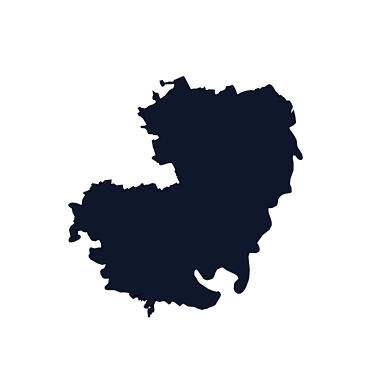 the district of Gopalganj, Dhaka, Bangladesh, rotated 239°
{"feature_id": "16705992B87804307332289", "entity_name": "Gopalganj", "entity_type": "district", "adm_level": 2, "iso_a3": "BGD", "parent_name": "Bangladesh", "parent_adm1": "Dhaka", "projection": "orthographic", "projection_center": [89.898, 23.107], "detail": "fine", "context": "isolated", "style": "filled", "palette": "ink", "viewbox_px": 384, "rotation_deg": 239, "n_neighbors": 0, "source": "geoboundaries", "source_scale": "gbopen_adm2", "svg_char_len": 5992}
<svg xmlns="http://www.w3.org/2000/svg" viewBox="0 0 384 384"><g transform="rotate(239 192 192)"><path d="M208.8,320.5L207.9,318.6L206.3,317.4L206.4,316.2L207.3,316.1L207.9,317.3L209.7,317.3L211.8,319.1L212.3,320.4L213.3,320.7L213.3,321.5L213.6,321.8L217.5,322.3L219.8,321.9L221.5,319.2L224.6,319.3L227.9,317.8L228.9,317.7L229.4,315.7L231.7,315.9L235.2,314.9L240.1,315.0L242.5,314.5L243.7,313.6L244.2,312.5L243.9,308.3L245.1,305.7L244.5,304.0L245.5,302.2L246.4,302.0L246.8,299.1L246.1,298.2L247.3,295.8L248.2,295.1L250.5,289.5L251.4,284.4L251.3,281.8L251.8,280.7L253.0,280.4L255.9,281.2L261.1,281.7L262.4,281.3L263.0,278.5L264.1,276.1L264.1,275.6L262.5,274.1L262.2,272.8L262.3,270.9L263.1,268.3L262.8,267.0L262.2,266.3L262.4,263.0L262.9,261.5L266.6,262.3L267.4,263.3L267.9,263.2L270.9,258.6L270.7,257.5L272.0,255.6L275.0,256.4L274.4,255.2L275.7,252.6L276.9,252.5L277.5,249.1L279.0,246.7L280.1,243.2L294.0,244.1L295.2,243.8L296.4,234.9L296.4,234.2L295.3,233.4L296.5,230.8L297.8,229.0L298.2,226.9L299.4,224.5L300.1,223.9L302.7,223.7L303.2,221.9L300.4,221.1L298.2,221.2L297.8,222.5L298.9,223.5L298.9,224.6L295.7,230.1L294.7,232.9L292.4,232.8L289.6,229.3L290.3,227.7L290.1,224.8L287.9,219.0L287.5,212.5L288.1,212.1L289.5,212.2L294.0,213.3L295.5,211.1L297.5,210.4L294.7,209.4L293.6,207.8L292.1,206.9L291.1,207.0L290.8,208.4L287.5,208.5L287.3,207.5L286.5,207.3L286.5,203.6L287.4,198.8L286.8,197.0L287.3,193.9L288.8,192.7L289.4,191.4L291.4,190.7L291.3,189.3L288.2,189.3L286.9,188.8L286.8,186.4L284.7,186.3L284.5,187.3L283.2,187.4L280.6,188.5L272.9,188.6L272.3,187.9L272.4,185.4L274.0,182.6L274.0,182.1L273.5,182.0L271.7,184.6L270.2,185.5L268.3,185.8L264.6,185.1L262.2,188.5L261.0,189.0L259.1,192.1L257.7,192.6L255.3,192.5L254.5,190.9L254.6,187.4L255.2,185.8L256.2,185.6L256.1,184.5L250.7,182.4L241.8,180.4L241.6,179.2L242.1,177.1L241.6,175.7L241.0,175.5L236.3,177.9L235.5,177.8L235.1,178.7L234.0,179.4L233.0,179.5L232.7,178.9L231.9,179.0L231.2,180.4L229.4,187.3L227.9,190.0L225.3,190.4L220.4,190.0L220.4,190.4L219.7,190.1L218.8,188.7L217.9,188.3L215.2,188.3L213.9,187.6L213.1,188.3L211.8,187.8L211.6,187.2L210.9,187.6L209.5,187.1L207.6,187.2L205.1,186.2L205.9,182.9L206.4,182.7L207.3,183.1L207.5,179.2L208.2,176.8L207.4,175.6L207.3,174.7L208.2,173.1L209.0,172.9L208.8,171.5L209.1,169.2L208.4,168.5L208.3,166.9L208.8,166.0L211.2,165.8L211.3,163.5L217.7,164.2L218.3,163.2L219.5,162.3L220.2,157.4L221.0,156.9L221.8,153.8L223.5,153.5L224.0,153.8L224.6,153.4L223.9,150.5L224.1,146.4L225.3,144.6L226.6,144.3L226.5,138.4L228.0,138.2L228.1,134.7L230.8,134.3L233.6,135.5L235.9,130.3L239.2,128.7L239.7,126.3L240.2,126.0L241.0,126.3L243.8,128.5L246.3,123.3L245.5,120.4L245.9,119.7L247.1,118.9L246.4,118.6L246.5,117.6L247.0,118.3L247.6,117.8L247.1,117.0L246.2,116.5L246.0,115.5L250.0,111.1L249.7,110.0L248.1,109.9L247.7,107.7L247.1,106.5L245.3,105.5L246.2,103.9L246.3,101.6L247.0,99.3L246.6,98.8L245.1,99.5L243.9,99.4L241.9,95.3L241.1,94.3L237.0,91.2L237.3,90.0L241.6,86.7L244.2,83.2L244.5,81.1L244.2,79.8L242.8,79.8L239.7,81.3L235.8,79.8L231.4,79.6L228.5,77.4L227.7,75.8L225.9,76.0L225.1,75.6L224.6,71.1L223.5,68.9L222.4,67.7L215.3,65.3L215.6,64.4L214.7,62.8L213.8,61.9L212.7,61.7L211.6,63.0L210.5,66.3L210.3,71.5L211.0,72.9L212.5,73.1L213.2,72.5L213.4,70.9L213.8,70.5L215.0,71.9L217.5,73.3L217.9,74.5L216.6,77.9L214.0,78.9L211.8,82.2L209.7,81.5L203.3,81.5L202.2,81.8L200.1,84.2L200.0,87.8L197.8,88.6L196.0,88.4L193.6,87.8L191.2,86.4L190.7,85.8L190.6,84.9L192.0,82.8L193.1,79.2L196.0,76.5L195.7,75.5L194.6,74.5L191.4,73.4L190.3,71.1L189.2,70.7L186.7,71.0L180.5,74.4L176.5,77.7L175.2,81.3L174.3,81.8L173.2,80.8L171.3,77.9L171.5,74.2L170.5,72.8L168.8,72.1L164.7,71.9L162.8,73.4L161.7,76.2L160.8,76.7L160.0,76.6L156.3,73.7L155.3,69.1L154.5,68.3L153.5,68.2L152.2,69.2L148.4,75.5L143.3,79.3L141.3,83.1L138.5,86.3L137.2,86.9L136.3,86.7L136.2,85.9L135.2,85.9L131.1,87.0L131.2,87.9L131.9,88.2L131.8,88.7L132.6,89.9L132.4,91.0L131.8,91.1L131.7,89.7L130.8,89.8L130.7,90.7L131.1,90.4L131.2,90.8L130.7,93.5L130.1,92.3L129.6,92.4L129.2,91.7L128.6,91.9L127.0,91.2L126.1,93.2L125.4,93.2L126.0,93.8L125.4,94.3L126.1,95.0L125.7,95.4L124.7,95.1L125.0,95.9L123.4,95.7L124.2,98.1L121.2,98.6L120.8,97.9L121.2,97.2L119.7,95.5L119.2,93.7L118.5,93.5L118.4,92.3L117.8,92.1L116.6,92.6L116.0,93.7L115.9,94.9L116.9,95.6L116.5,97.1L114.5,98.0L113.5,97.2L113.4,95.4L114.1,94.4L112.9,94.0L112.8,93.3L112.4,93.0L107.4,90.7L107.2,91.0L107.5,91.7L110.5,93.4L110.5,94.1L109.1,93.7L108.8,94.1L110.0,95.3L109.4,97.2L110.7,98.4L115.1,100.4L118.0,104.8L118.0,105.4L114.8,108.1L114.5,110.1L113.4,112.5L111.7,113.5L108.1,114.8L108.1,116.1L109.2,118.0L108.5,119.7L106.2,121.2L101.2,123.0L101.1,124.1L101.8,126.5L101.1,127.8L97.1,129.7L95.9,130.8L92.9,135.3L90.3,136.9L86.3,140.3L86.2,141.6L84.9,145.0L84.8,147.4L83.9,151.7L83.9,153.7L88.0,161.5L89.3,163.1L91.2,163.6L92.8,162.9L92.9,161.7L95.6,158.8L100.0,155.5L109.5,151.0L112.5,150.4L115.7,150.7L119.2,150.4L121.2,151.2L122.9,152.4L124.1,154.0L124.3,155.2L123.7,156.6L122.5,157.1L111.9,157.8L109.9,159.1L109.0,160.3L108.1,163.3L107.9,165.4L108.7,166.9L112.0,170.9L113.3,173.7L112.9,178.3L111.9,180.2L107.6,181.9L99.9,187.1L96.8,188.4L93.6,187.9L92.8,186.7L92.1,183.2L91.3,181.5L87.2,178.6L84.4,178.1L82.0,179.2L80.8,181.0L80.8,183.7L81.4,185.7L83.2,188.9L86.9,193.6L89.2,196.1L95.9,200.8L107.8,206.4L110.4,209.0L110.8,210.3L107.2,215.9L107.1,218.3L107.9,219.6L109.5,220.4L113.3,221.0L114.6,220.7L115.7,221.8L119.4,230.3L120.5,238.9L123.0,242.8L126.1,244.4L134.9,246.3L138.4,247.9L139.4,248.8L139.3,249.8L137.7,252.6L137.4,257.3L138.3,258.8L141.7,261.4L143.3,264.7L143.8,267.3L143.7,269.7L141.3,276.0L141.3,277.0L144.8,278.8L148.7,279.4L153.0,282.6L158.8,289.6L164.9,293.4L168.6,294.7L171.5,296.5L171.9,297.2L171.8,298.0L170.6,300.0L166.0,300.5L164.4,301.4L163.8,302.8L164.7,304.1L168.1,305.1L175.8,305.0L178.9,305.7L181.2,307.1L183.5,307.8L188.5,308.0L195.2,307.4L197.3,307.8L197.9,309.4L197.6,313.6L198.3,316.3L203.0,318.5L208.8,320.5Z" fill="#0f172a" stroke="#020617" stroke-width="1.5"/></g></svg>